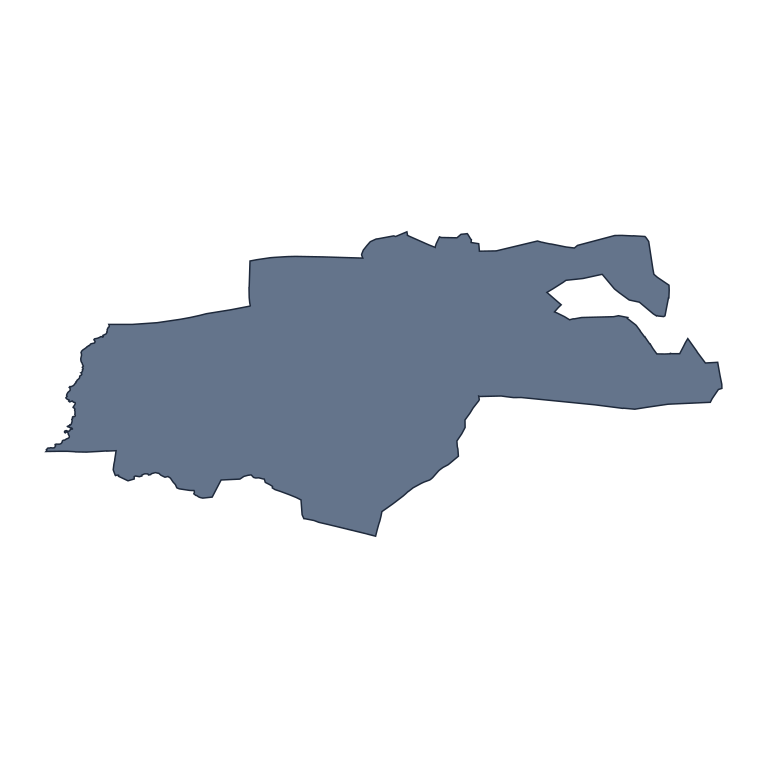 Pušmucovas pag., Ciblas, Latvia (Robinson projection)
{"feature_id": "27541924B48710808686616", "entity_name": "Pušmucovas pag.", "entity_type": "district", "adm_level": 2, "iso_a3": "LVA", "parent_name": "Latvia", "parent_adm1": "Ciblas", "projection": "robinson", "projection_center": [27.687, 56.641], "detail": "fine", "context": "isolated", "style": "filled", "palette": "slate", "viewbox_px": 768, "rotation_deg": 0, "n_neighbors": 0, "source": "geoboundaries", "source_scale": "gbopen_adm2", "svg_char_len": 5866}
<svg xmlns="http://www.w3.org/2000/svg" viewBox="0 0 768 768"><path d="M717.7,362.3L705.4,363.0L697.0,351.8L697.0,351.5L687.8,338.6L685.4,342.6L683.7,346.0L679.7,353.7L671.7,353.7L671.0,353.5L670.4,353.3L670.2,353.4L670.2,353.8L664.9,354.0L656.8,353.9L652.9,348.5L651.0,345.4L650.1,343.8L649.7,343.9L645.1,337.2L644.9,336.7L644.5,336.8L640.0,330.8L640.1,330.6L637.9,327.7L636.3,325.5L635.8,325.0L627.3,318.4L627.1,318.1L627.7,317.5L618.5,315.7L613.7,316.7L581.7,317.5L574.1,318.9L573.2,318.8L569.6,319.8L564.6,316.7L557.1,313.0L554.5,311.9L558.4,307.5L561.2,304.8L546.9,292.4L552.8,288.9L563.2,282.3L566.0,280.3L583.0,278.5L601.2,274.5L602.3,274.4L614.4,288.9L619.2,292.7L629.2,300.0L639.4,302.2L653.3,313.9L656.6,316.0L657.1,315.6L658.0,316.0L663.7,316.6L665.0,315.8L668.5,297.7L668.9,297.8L669.2,290.1L669.0,285.2L657.5,277.4L653.9,274.3L652.9,269.0L648.7,241.5L646.5,238.3L645.8,237.4L644.9,236.5L633.3,235.8L632.8,235.9L632.1,235.9L622.0,235.4L614.8,235.5L577.5,245.4L574.4,248.0L566.1,247.0L551.2,244.0L549.8,243.9L545.0,242.9L542.6,242.3L542.0,242.3L537.5,241.0L496.2,250.9L479.4,251.2L479.0,246.2L478.7,243.7L471.1,242.5L471.4,239.6L470.8,239.2L467.8,234.3L467.2,233.6L466.2,233.8L461.0,234.3L457.2,237.6L456.8,237.8L441.3,237.5L439.5,236.9L436.3,243.5L435.5,245.9L435.2,247.1L435.2,247.4L429.6,245.2L425.2,243.3L423.9,242.7L409.2,236.2L407.4,235.3L407.5,234.9L406.9,231.8L395.9,236.4L395.4,236.5L394.2,236.0L393.6,235.9L378.0,238.8L376.2,239.0L375.7,239.2L370.5,241.6L370.1,241.9L366.8,245.7L363.3,250.1L361.6,254.4L361.7,255.3L362.8,258.1L323.0,256.9L295.6,256.4L287.4,256.6L274.2,257.4L270.4,257.7L256.8,259.7L250.0,261.0L249.2,286.8L249.0,287.4L249.2,297.6L249.7,302.7L250.3,305.7L250.2,305.9L249.9,306.1L230.7,309.8L206.4,313.7L199.3,315.5L190.2,317.5L180.3,319.3L157.1,322.7L132.6,324.4L108.8,324.4L109.2,325.3L109.2,326.7L108.9,327.0L108.2,327.4L107.8,328.4L107.2,329.4L107.2,331.2L106.8,331.8L107.0,332.4L106.6,332.9L106.3,333.6L105.9,334.0L102.9,335.4L102.9,335.8L103.3,336.3L103.3,336.5L103.2,336.8L102.6,337.1L101.4,336.6L100.9,336.6L99.1,337.6L97.3,338.3L94.7,338.8L94.3,339.1L93.9,339.7L94.0,339.9L94.7,340.8L95.1,341.5L94.8,342.4L94.6,342.9L94.1,343.1L91.8,343.6L90.6,344.0L89.4,345.6L88.7,345.6L87.3,346.7L86.9,346.8L86.6,347.3L84.6,348.8L83.0,349.8L81.5,351.3L81.4,351.8L81.0,352.6L81.0,352.8L81.4,353.4L81.5,354.6L81.5,355.6L80.8,358.4L80.8,359.6L81.0,361.0L81.3,361.9L82.1,363.1L82.5,364.5L83.4,366.1L83.2,366.4L82.5,367.0L82.3,367.3L82.3,367.6L83.0,368.2L83.2,368.6L83.1,369.0L82.4,369.7L82.3,369.9L82.6,370.4L82.5,371.1L81.9,371.9L81.7,372.5L80.9,372.8L81.5,373.3L81.7,374.1L81.7,374.6L81.1,375.2L79.9,375.9L79.7,376.4L79.5,378.0L78.7,378.9L77.1,380.2L76.6,381.3L76.0,381.7L76.1,382.3L75.9,382.8L75.6,382.8L74.5,384.3L74.2,384.8L73.0,385.8L71.2,386.6L70.9,386.7L70.0,386.5L69.2,387.4L70.0,388.1L70.2,390.0L69.9,390.6L67.9,392.4L67.0,394.0L66.6,395.1L66.6,395.5L67.1,396.3L65.9,397.7L66.0,398.1L67.4,399.4L69.0,399.9L69.2,400.2L68.7,401.1L69.6,401.9L69.9,401.9L71.9,401.1L72.5,401.1L73.3,402.1L74.1,402.4L74.8,402.4L75.1,402.7L75.3,403.2L74.9,404.5L73.1,407.2L73.1,407.5L74.3,408.2L74.8,408.8L74.9,409.4L74.6,409.9L74.6,410.2L75.1,411.9L74.9,413.1L75.1,413.8L74.8,414.3L75.3,415.6L74.9,416.4L74.5,416.6L73.3,416.5L72.6,416.9L72.4,417.3L72.7,417.8L72.7,418.1L72.5,418.6L71.8,419.2L71.8,419.7L72.1,420.2L72.1,421.3L71.3,424.0L70.9,424.5L70.6,424.7L69.9,424.7L69.8,424.8L70.0,425.3L69.9,425.4L69.1,425.6L67.4,426.4L67.6,426.7L69.0,427.1L70.1,427.8L71.7,428.0L72.4,428.8L72.4,429.0L72.0,429.2L71.3,429.1L70.6,429.4L70.2,429.7L69.8,430.6L69.2,431.1L68.7,431.1L68.1,431.4L66.5,430.6L66.1,430.6L64.9,431.0L64.6,431.3L64.5,431.7L64.6,432.4L65.3,432.9L66.2,432.2L66.6,432.0L67.2,432.0L67.7,432.2L67.7,432.6L68.3,433.4L68.2,434.1L68.9,435.3L69.3,436.1L69.3,436.9L69.2,437.4L68.5,438.1L66.3,439.0L64.5,440.2L63.3,440.2L62.6,440.7L62.2,441.2L62.3,441.8L61.5,443.1L60.8,443.7L59.4,444.2L56.3,444.1L55.2,444.4L55.0,444.7L55.0,444.9L55.5,445.3L55.6,445.8L54.5,447.7L52.9,448.0L50.6,447.7L49.3,448.1L48.2,448.0L47.7,448.2L47.4,448.4L47.3,448.8L46.3,449.7L46.4,450.0L46.7,450.3L46.7,450.6L46.6,451.0L46.1,451.5L58.9,451.3L67.3,451.3L74.6,451.7L75.5,451.9L86.4,452.1L99.4,451.4L106.8,450.9L106.8,451.1L116.1,450.7L114.7,459.9L114.7,460.5L113.9,464.2L113.2,469.8L114.0,472.0L115.2,475.2L115.5,475.6L116.3,475.3L118.1,475.1L118.7,475.4L118.5,476.3L128.0,480.8L134.2,479.0L134.2,476.6L134.3,476.5L135.6,476.0L139.3,476.7L141.9,476.0L142.0,475.0L144.7,473.8L147.8,473.9L148.5,475.0L150.7,474.6L151.4,473.7L155.4,472.6L157.4,473.1L158.8,473.3L160.9,475.2L164.7,477.1L165.0,477.2L168.0,476.5L170.4,478.1L173.1,482.1L175.4,484.6L176.8,487.8L178.6,488.6L179.6,488.9L189.6,490.4L191.3,490.5L194.0,490.5L194.2,490.8L194.4,492.4L193.8,493.8L195.8,495.4L196.6,495.5L198.8,497.0L200.4,497.6L202.8,498.1L212.2,497.1L221.1,480.0L239.9,479.1L243.9,476.4L248.0,475.3L251.0,474.9L251.5,475.2L253.5,477.4L255.7,478.0L258.7,477.8L262.9,478.9L264.3,479.1L265.3,482.4L270.0,484.8L272.5,486.4L272.3,487.9L275.0,489.6L280.4,491.4L289.3,494.7L296.2,497.5L301.0,499.9L302.1,514.7L303.9,518.7L304.9,518.7L314.0,520.5L318.7,522.3L325.6,523.9L363.1,533.0L375.6,536.2L377.1,530.2L378.6,524.7L379.1,523.1L379.8,521.1L381.0,516.2L381.9,511.6L392.8,503.9L403.3,495.9L405.9,493.6L408.1,491.5L408.4,491.5L413.1,487.8L421.4,483.3L424.2,482.0L429.4,480.1L430.5,479.5L432.7,477.6L438.3,471.2L439.2,470.3L439.7,469.9L442.9,467.5L448.2,464.7L458.4,456.2L457.9,449.1L457.3,446.6L456.9,441.0L458.5,438.6L461.7,433.9L465.1,427.5L465.0,420.0L470.0,413.1L473.1,408.0L478.9,400.6L479.3,399.5L479.0,398.0L478.7,396.1L479.8,396.5L501.2,396.0L506.3,396.7L513.6,397.6L521.2,397.5L594.8,404.8L623.0,408.4L623.4,408.2L634.8,409.2L646.8,407.3L668.1,404.2L710.3,402.3L712.2,398.6L718.4,389.5L721.9,388.4L721.8,384.3L720.0,375.4L718.3,365.9L717.7,362.3Z" fill="#64748b" stroke="#1e293b" stroke-width="1.5"/></svg>